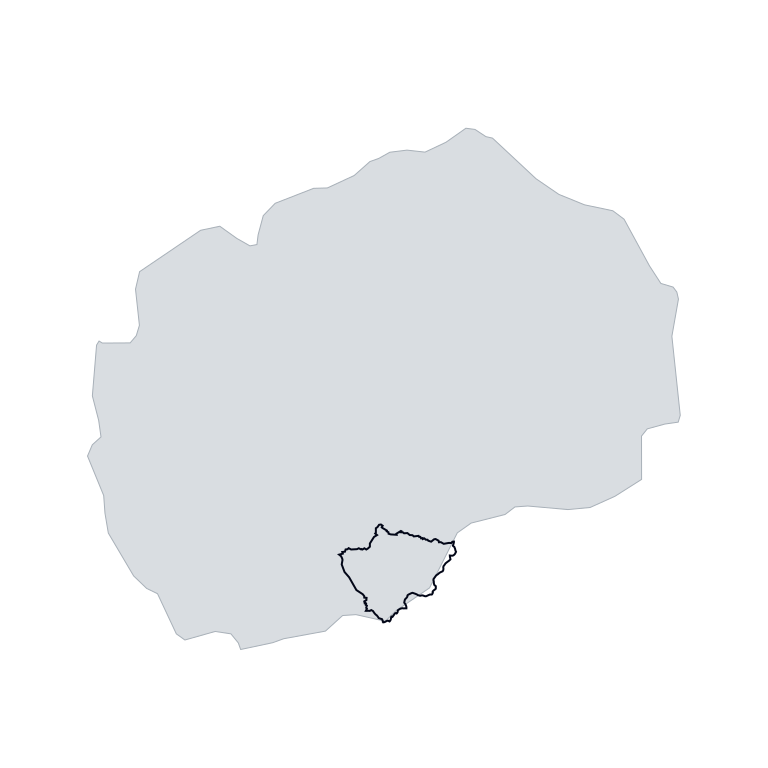 Novatsi, Novaci, North Macedonia shown in context, rotated 351°
{"feature_id": "65306769B28760853140319", "entity_name": "Novatsi", "entity_type": "district", "adm_level": 2, "iso_a3": "MKD", "parent_name": "North Macedonia", "parent_adm1": "Novaci", "projection": "albers", "projection_center": [21.684, 41.019], "detail": "fine", "context": "in_parent", "style": "outline", "palette": "ink", "viewbox_px": 768, "rotation_deg": 351, "n_neighbors": 0, "source": "geoboundaries", "source_scale": "gbopen_adm2", "svg_char_len": 4240}
<svg xmlns="http://www.w3.org/2000/svg" viewBox="0 0 768 768"><g transform="rotate(351 384 384)"><path d="M345.6,179.8L358.7,181.5L387.2,173.4L404.9,162.1L414.0,160.4L426.0,156.0L443.3,156.6L460.8,161.4L483.1,154.9L504.9,144.2L513.7,146.8L523.3,155.6L529.6,158.1L566.3,205.1L586.4,224.1L610.1,238.4L637.1,248.7L646.9,258.8L664.7,308.9L673.2,328.0L684.7,333.5L687.6,339.0L688.1,346.2L675.8,381.9L671.7,461.3L668.6,467.7L655.0,467.5L637.0,469.5L630.2,475.7L623.5,518.5L594.6,531.0L568.3,538.2L546.0,536.8L506.9,527.0L494.1,525.9L483.2,531.8L448.3,535.0L433.1,542.5L397.1,592.5L360.6,609.7L348.1,618.5L320.2,607.4L306.9,606.2L287.5,618.9L245.1,619.9L233.6,622.1L200.9,623.8L199.6,616.9L193.7,606.8L178.5,602.0L147.3,605.7L139.8,598.3L127.5,555.7L117.6,548.8L106.7,534.4L88.4,488.1L88.2,467.9L89.7,450.3L79.9,408.8L86.4,398.4L96.2,392.0L96.5,375.4L94.1,350.1L106.2,300.6L109.3,297.0L112.2,299.5L139.7,303.7L146.9,297.5L151.6,287.8L153.4,251.5L160.2,234.8L226.9,203.5L246.5,202.5L261.4,217.2L273.2,226.6L280.3,226.4L283.0,217.0L291.1,198.8L304.8,188.5L345.2,179.7L345.6,179.8Z" fill="#d9dde1" stroke="#a8b0b8" stroke-width="1"/><path d="M330.6,605.2L331.2,605.3L332.6,605.5L333.8,605.7L334.5,605.9L335.0,605.6L336.1,605.3L336.4,605.6L337.6,606.5L338.3,608.0L338.8,609.0L339.1,609.5L339.8,610.5L340.1,610.8L340.7,611.4L341.7,613.2L341.9,613.9L342.2,614.4L342.6,614.6L343.9,615.3L344.8,615.7L345.2,615.9L345.4,616.4L345.7,617.8L345.8,618.2L345.6,618.7L345.9,619.3L346.9,619.3L347.6,619.2L348.7,618.8L350.0,618.4L350.3,618.4L351.0,618.4L351.7,618.9L352.1,619.3L352.3,619.4L352.7,619.1L353.2,618.6L353.8,617.7L354.1,616.9L354.5,615.7L354.9,614.9L355.6,614.9L356.0,615.3L357.6,613.7L358.0,613.2L358.4,612.8L359.1,612.2L359.6,612.1L359.9,612.1L360.0,612.1L360.6,612.6L360.9,612.4L361.3,612.0L361.7,611.5L361.9,611.0L362.1,610.2L362.2,609.7L362.6,609.5L363.0,609.3L364.9,608.5L367.0,608.3L368.2,608.7L369.1,608.8L371.0,609.1L371.2,608.1L371.2,607.1L371.0,606.1L370.7,604.8L370.1,603.8L369.8,603.1L370.4,601.4L370.9,600.3L371.3,599.8L372.6,598.9L373.7,597.8L373.9,597.4L374.1,596.5L374.8,596.0L375.6,595.7L378.2,594.9L378.7,594.8L379.4,594.7L379.9,594.9L382.3,596.2L382.9,596.6L383.3,596.8L383.8,597.2L384.2,597.7L386.5,598.8L388.2,598.7L389.2,598.9L390.0,599.3L390.8,599.8L391.6,600.1L392.5,600.2L394.9,599.5L396.5,599.1L397.0,599.2L398.1,599.4L398.3,599.4L398.5,599.3L399.0,598.7L399.4,598.1L399.6,597.8L399.4,597.4L399.5,597.0L399.7,596.5L400.4,595.9L401.4,595.3L401.7,595.2L402.4,594.8L403.1,594.3L403.5,592.3L403.5,591.7L402.8,591.0L402.3,590.4L402.1,589.3L402.1,588.6L402.1,588.4L402.2,587.6L402.3,586.4L402.1,585.4L402.4,584.4L403.5,583.3L405.4,581.4L405.6,581.2L406.8,580.6L407.2,580.4L407.3,580.4L409.4,579.1L411.6,578.4L412.5,578.2L413.2,577.5L413.5,576.8L413.8,575.9L413.8,575.4L413.9,574.1L414.4,573.1L415.3,572.3L416.7,570.8L418.8,569.6L419.8,569.1L420.6,568.7L422.2,567.6L422.2,566.8L422.1,565.7L422.1,564.6L422.2,563.7L423.7,564.1L424.9,564.3L425.7,564.1L426.5,563.7L427.3,563.1L427.8,562.5L428.9,561.0L428.5,559.6L428.4,557.7L428.2,557.0L428.0,556.0L427.9,555.8L427.6,555.5L427.0,555.0L426.8,554.5L426.8,554.3L427.6,552.9L428.3,551.2L428.4,550.6L426.9,550.5L425.5,551.6L423.2,551.1L418.0,551.2L415.4,549.1L413.5,548.9L413.4,547.3L410.7,545.2L409.2,545.2L405.9,547.1L403.2,545.7L402.6,544.6L400.9,544.3L399.7,542.8L398.1,543.2L398.0,542.2L396.5,542.3L396.0,540.7L394.8,540.5L394.4,539.4L389.6,539.2L388.5,537.8L385.8,537.2L383.8,534.9L380.5,534.6L379.5,533.5L377.2,533.0L378.1,532.1L377.7,531.8L372.8,533.8L372.9,534.9L367.1,533.6L365.1,532.6L365.2,531.1L363.6,529.9L363.9,529.2L359.8,525.8L359.3,525.1L360.5,523.8L359.0,522.3L357.1,522.3L355.2,524.3L353.4,525.2L352.7,529.6L351.9,530.3L353.5,532.1L350.2,533.5L345.1,539.3L344.6,542.5L342.3,544.0L340.6,544.7L338.9,543.2L336.9,544.1L336.1,543.5L335.5,543.8L333.4,542.3L331.5,542.9L325.6,542.3L323.4,540.6L322.1,541.5L320.2,541.4L319.2,543.5L316.5,543.4L316.8,545.1L313.0,545.5L314.7,547.4L315.4,549.8L315.5,551.3L314.0,555.6L315.6,563.5L319.3,569.4L324.5,583.2L330.1,588.3L331.3,590.4L331.1,591.9L333.3,592.5L332.8,594.7L330.5,595.6L330.6,597.0L331.0,596.7L332.0,598.0L331.4,599.3L332.4,600.2L331.4,602.3L332.0,603.3L330.6,605.2Z" fill="none" stroke="#020617" stroke-width="2"/></g></svg>